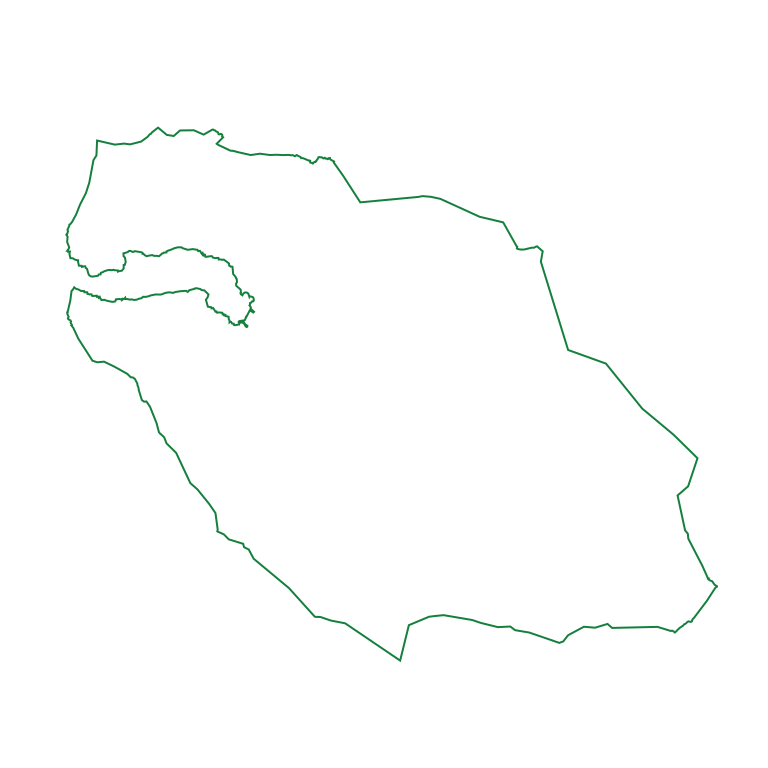 outline of Sauda nor, Rogaland, Norway, rotated 83°
{"feature_id": "86288312B22433756147713", "entity_name": "Sauda nor", "entity_type": "district", "adm_level": 2, "iso_a3": "NOR", "parent_name": "Norway", "parent_adm1": "Rogaland", "projection": "mercator", "projection_center": [6.323, 59.704], "detail": "fine", "context": "isolated", "style": "outline", "palette": "green", "viewbox_px": 768, "rotation_deg": 83, "n_neighbors": 0, "source": "geoboundaries", "source_scale": "gbopen_adm2", "svg_char_len": 6140}
<svg xmlns="http://www.w3.org/2000/svg" viewBox="0 0 768 768"><g transform="rotate(83 384 384)"><path d="M107.4,639.1L122.2,641.6L126.4,645.1L148.3,652.0L158.2,656.6L169.0,663.9L178.2,668.9L185.2,673.9L186.8,675.5L187.5,676.9L188.5,677.0L192.4,679.4L193.9,679.0L196.7,680.3L196.6,680.6L197.2,681.1L199.3,680.1L204.4,681.2L210.0,679.8L211.4,680.5L213.1,682.1L213.2,681.3L214.3,681.3L214.3,679.6L216.5,680.4L220.9,679.9L221.1,678.2L221.6,677.1L222.7,676.0L223.7,673.7L223.9,672.6L225.0,672.8L229.4,672.4L229.9,669.6L231.0,669.5L230.6,667.3L230.8,666.2L232.5,665.9L233.5,664.7L238.5,664.0L240.1,663.4L241.4,661.9L241.9,660.2L241.7,654.7L240.5,653.7L240.7,652.0L239.1,651.5L238.7,649.3L238.1,648.2L237.4,644.9L237.3,642.2L237.8,641.0L237.7,638.3L238.2,637.7L238.9,634.3L240.0,634.3L239.7,633.2L239.6,630.4L237.6,628.3L234.2,627.9L234.2,626.8L231.4,625.5L227.0,625.7L225.4,626.9L222.6,626.7L222.2,624.0L221.6,621.8L221.0,621.2L220.9,619.6L222.4,617.1L221.8,615.1L223.8,608.4L225.0,607.3L225.4,607.6L225.6,606.9L227.2,605.5L228.3,603.8L228.0,602.7L227.8,598.3L228.8,596.6L229.2,593.2L229.7,592.1L229.7,591.5L227.4,588.3L227.3,587.2L226.8,586.7L226.9,583.9L225.9,583.7L225.5,582.7L224.4,577.7L223.7,575.7L223.2,572.0L223.6,568.7L223.9,567.9L224.6,567.4L226.9,562.4L226.8,557.4L228.1,552.8L229.5,552.2L229.4,550.5L231.9,549.3L231.6,548.2L233.2,548.2L233.2,547.1L233.7,547.0L233.8,548.2L234.3,547.9L234.6,547.6L234.5,547.0L234.2,545.9L235.9,545.8L236.1,544.7L236.0,540.9L236.2,539.2L237.5,538.6L238.5,536.3L238.5,534.7L238.7,533.0L240.3,532.9L240.5,530.7L241.0,529.6L241.0,527.9L245.4,523.2L247.7,523.2L248.0,522.5L248.8,522.0L249.0,520.4L249.2,520.1L256.4,520.3L259.1,518.6L260.2,518.0L261.3,517.9L261.8,517.4L265.0,517.5L266.3,518.6L268.5,518.7L272.8,514.8L275.8,514.8L276.2,515.4L277.5,515.1L278.7,513.7L277.5,513.0L276.3,511.3L276.2,510.4L276.8,508.5L277.9,507.6L281.0,507.0L280.5,506.7L281.6,503.8L282.9,503.0L285.0,503.0L286.0,503.6L285.9,504.9L287.0,505.8L287.3,507.1L289.3,507.5L289.6,507.9L291.8,506.8L293.0,507.2L296.5,504.2L297.1,505.0L294.5,508.2L300.9,512.6L300.7,512.8L303.5,514.2L303.8,514.9L303.9,519.7L304.4,520.6L305.0,520.6L305.2,520.0L304.7,518.1L305.1,516.4L305.9,515.4L308.1,514.4L309.5,512.5L310.5,512.8L310.7,513.6L309.2,514.7L306.8,515.6L305.6,517.2L305.6,519.2L306.0,520.1L307.3,520.6L307.2,521.4L307.5,523.8L307.4,525.1L307.0,525.8L305.9,525.8L305.4,527.5L303.8,528.1L303.3,529.0L303.9,529.8L302.2,529.6L300.6,530.2L298.3,530.0L297.3,532.8L296.2,532.9L296.5,534.0L296.3,534.5L295.2,534.6L295.2,535.7L293.6,535.8L292.9,538.6L292.9,540.2L292.7,541.3L291.6,541.4L291.6,542.5L287.8,544.3L287.9,546.0L286.8,546.0L285.8,549.4L278.7,550.5L276.5,548.5L273.7,547.3L269.2,550.9L268.6,553.5L267.3,554.8L266.6,557.1L266.1,558.2L266.1,560.1L266.4,560.3L267.2,565.8L268.7,567.6L267.4,569.1L267.1,574.8L267.3,580.3L267.9,582.0L266.9,585.6L266.8,588.3L267.1,591.0L267.7,592.5L268.0,594.6L267.3,599.9L267.7,605.3L268.1,606.2L268.5,609.8L268.1,612.5L269.3,614.3L269.5,617.1L270.1,618.7L270.2,620.9L269.7,623.1L269.2,624.3L269.3,625.9L268.3,628.7L268.1,630.4L266.9,630.4L267.8,631.5L267.9,632.6L268.7,633.7L267.6,633.7L268.0,634.8L267.4,636.0L267.3,639.8L268.4,640.1L269.3,640.9L269.4,643.6L267.9,648.1L266.9,650.4L266.4,650.9L266.2,654.3L265.2,654.6L264.6,655.2L263.0,655.5L263.6,656.6L262.5,656.6L262.5,658.3L261.4,658.3L261.1,662.8L259.4,663.4L259.2,664.5L259.2,665.6L258.7,666.2L258.5,667.3L256.8,667.4L256.4,670.2L255.3,670.2L254.6,673.6L253.1,675.5L251.8,678.3L250.3,679.7L252.3,681.2L253.6,682.8L263.0,685.2L273.1,688.9L274.1,689.6L274.4,689.2L275.8,689.8L278.9,688.8L280.3,689.8L280.7,689.7L281.4,689.2L282.7,687.4L283.9,687.0L284.5,687.5L285.2,687.5L287.2,686.6L287.6,687.0L287.8,686.6L288.5,686.7L290.3,685.6L301.7,681.9L325.4,670.5L327.5,665.9L327.7,659.2L333.7,649.8L342.8,637.4L346.4,634.6L346.9,632.5L348.5,630.7L353.4,628.8L355.4,628.8L357.9,628.1L359.9,628.2L370.4,626.3L372.3,624.3L372.4,621.9L378.1,619.0L395.2,614.5L404.2,613.3L405.5,612.6L410.0,608.7L416.4,607.1L427.0,598.7L458.8,588.3L465.9,582.0L481.8,572.1L491.6,567.0L508.1,566.8L510.0,567.4L513.8,561.2L519.3,557.0L525.5,543.2L528.9,542.8L531.8,538.4L541.5,534.7L575.0,503.2L606.6,481.0L607.6,475.3L612.3,465.6L616.8,451.7L660.5,401.7L626.4,388.7L620.5,367.7L620.5,361.4L620.7,353.0L629.0,325.2L632.9,317.1L639.2,300.6L640.1,288.2L644.3,283.9L648.4,270.1L662.3,241.6L661.4,237.5L655.8,231.9L649.3,215.2L651.6,204.2L649.4,191.4L653.9,187.3L658.4,142.1L664.1,129.4L663.9,128.1L665.1,126.4L666.0,125.9L666.0,125.3L662.2,120.4L660.3,116.6L659.1,115.3L658.6,113.7L657.4,112.2L656.7,110.8L657.5,108.5L657.1,107.3L655.3,106.6L654.0,104.9L638.5,89.9L626.7,80.0L625.7,78.2L625.2,78.2L623.6,80.3L619.8,82.3L618.5,84.7L617.0,86.1L616.5,85.5L616.2,86.2L603.2,90.2L574.6,100.8L569.6,100.7L565.9,103.0L530.4,106.2L522.6,94.6L495.9,81.9L469.6,102.8L439.9,130.7L390.8,161.2L372.7,197.1L281.7,213.4L271.6,210.3L266.0,215.3L266.2,216.5L267.0,218.3L266.7,220.6L267.6,228.6L267.2,231.8L266.6,234.0L266.0,235.3L265.5,235.6L264.1,235.0L263.4,235.6L238.1,246.0L229.7,268.7L207.1,305.5L203.9,314.7L202.2,322.9L202.5,327.3L200.8,385.4L172.5,399.1L158.0,406.9L157.1,406.4L154.8,409.7L154.0,410.2L153.2,410.1L153.1,411.6L153.9,412.1L154.0,412.6L153.2,413.7L153.1,414.7L152.3,415.1L152.2,415.5L152.6,416.1L152.7,416.7L151.3,418.4L151.2,419.6L150.9,420.4L150.9,421.4L152.1,422.0L154.4,424.3L154.7,424.2L155.3,425.0L155.1,425.8L155.7,427.1L156.4,427.4L156.4,428.0L155.7,428.7L155.3,430.1L154.2,430.4L153.4,430.1L153.1,430.6L153.0,431.6L150.0,436.8L149.7,438.8L148.6,439.1L146.1,442.9L147.1,444.6L146.1,446.0L145.7,447.0L145.7,448.1L144.9,451.4L144.5,456.2L143.4,462.5L142.8,469.4L140.3,479.0L140.5,488.4L135.5,502.3L134.8,503.4L134.7,504.7L134.2,505.2L133.7,508.0L126.4,519.5L125.2,520.8L119.5,513.6L118.5,514.5L117.3,514.1L116.5,514.5L115.9,515.4L116.2,517.1L115.8,517.8L114.1,518.0L112.6,520.1L111.6,520.9L111.4,521.8L110.6,522.6L110.6,523.4L114.5,532.6L109.0,541.8L107.5,555.5L112.2,562.5L110.3,569.2L102.0,577.0L106.0,583.7L107.3,584.9L107.4,585.6L107.8,586.3L109.8,588.4L113.8,595.5L115.2,606.8L113.7,612.8L113.6,622.0L107.4,639.1Z" fill="none" stroke="#15803d" stroke-width="2"/></g></svg>